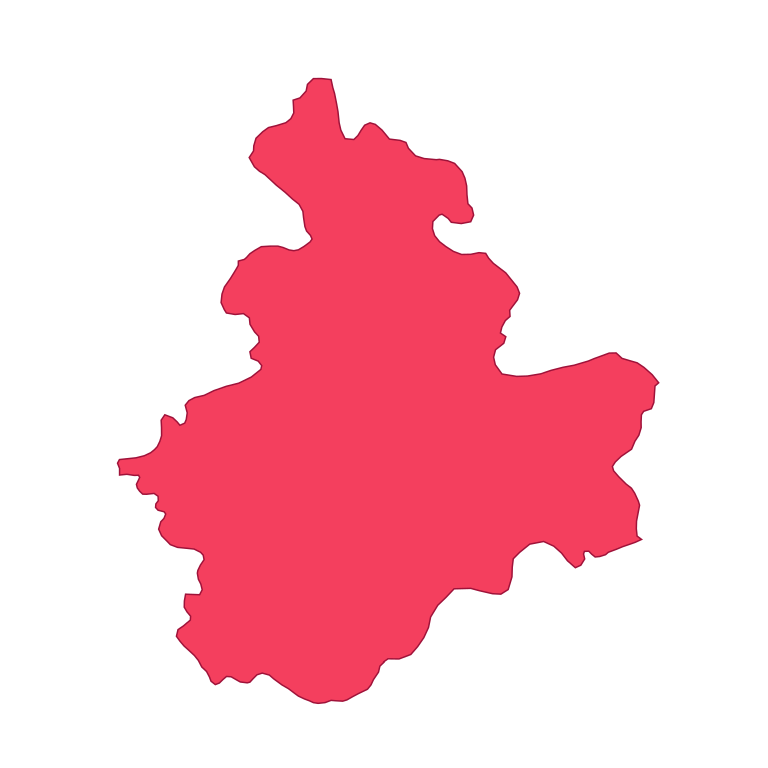 the district of Buda-Kashalyova, Gomel, Belarus, rotated 354°
{"feature_id": "67162791B74774527984565", "entity_name": "Buda-Kashalyova", "entity_type": "district", "adm_level": 2, "iso_a3": "BLR", "parent_name": "Belarus", "parent_adm1": "Gomel", "projection": "mercator", "projection_center": [30.535, 52.745], "detail": "fine", "context": "isolated", "style": "filled", "palette": "rose", "viewbox_px": 768, "rotation_deg": 354, "n_neighbors": 0, "source": "geoboundaries", "source_scale": "gbopen_adm2", "svg_char_len": 4204}
<svg xmlns="http://www.w3.org/2000/svg" viewBox="0 0 768 768"><g transform="rotate(354 384 384)"><path d="M162.3,585.7L164.3,590.1L167.4,594.7L166.7,598.6L163.2,600.9L159.3,603.6L153.5,606.7L151.2,613.2L154.3,618.6L157.8,623.7L161.6,627.9L167.0,634.1L170.5,639.5L173.2,646.4L177.5,651.4L179.8,657.2L180.9,661.5L184.8,665.3L189.0,664.2L192.9,661.1L196.8,658.4L201.4,659.2L207.2,663.4L209.9,665.3L216.8,666.9L219.5,666.5L223.0,663.4L227.3,659.9L232.7,658.8L239.6,661.5L243.5,665.7L251.2,672.7L257.0,676.9L262.8,682.3L266.2,685.4L272.0,688.9L276.6,691.2L280.5,693.5L285.1,694.7L292.1,694.7L298.3,693.1L302.5,693.9L309.8,695.1L314.1,694.3L320.3,691.6L326.0,689.3L335.7,685.8L339.6,681.9L342.6,676.9L348.4,670.0L350.4,664.2L355.0,660.6L354.8,660.2L359.3,657.7L370.2,659.0L382.4,655.8L390.0,648.7L397.1,640.4L402.8,630.8L406.0,620.6L414.3,609.7L423.3,602.7L432.3,595.0L448.9,596.3L457.2,599.5L470.0,603.9L478.3,605.2L486.0,601.4L491.1,589.2L492.4,579.6L494.3,571.3L501.3,565.6L512.2,558.5L526.3,557.3L535.9,563.0L542.9,570.7L548.0,579.0L555.1,586.7L560.8,584.8L565.3,579.0L564.7,573.9L565.8,571.4L570.2,571.7L572.7,574.9L575.9,578.1L580.6,578.1L586.5,576.9L589.5,574.8L598.0,572.6L604.4,570.7L612.3,568.9L617.3,567.7L623.9,565.5L619.8,561.7L619.8,554.4L620.8,546.8L625.5,531.3L624.7,527.1L621.9,518.8L619.2,513.5L614.3,508.8L607.7,500.7L603.3,494.4L602.5,489.9L605.9,485.7L612.2,480.8L623.4,474.7L627.6,467.1L632.1,461.6L635.2,454.3L635.7,448.5L636.8,441.5L639.4,438.3L647.3,436.5L650.4,430.7L653.3,414.3L657.3,411.5L651.7,402.8L644.3,394.7L638.0,389.4L630.6,386.4L623.4,383.4L618.1,377.4L611.2,376.8L595.7,380.7L589.7,382.5L575.1,385.2L563.8,386.1L551.6,387.9L540.8,390.3L527.4,391.1L516.7,390.3L502.4,386.4L496.7,376.5L495.8,368.8L498.5,361.6L507.4,356.0L510.1,349.7L505.1,345.5L507.2,339.6L511.3,333.6L516.4,330.0L516.7,323.8L519.7,320.5L525.6,314.2L528.3,308.0L526.5,301.4L516.7,286.2L505.4,275.5L501.2,269.8L498.8,264.7L492.2,263.3L483.9,264.1L474.7,263.3L466.9,259.4L459.8,253.7L454.1,248.3L449.9,241.8L448.4,234.6L449.6,227.5L456.5,221.8L459.5,221.2L465.1,226.0L467.8,230.2L477.6,232.5L487.2,231.7L490.8,225.4L489.9,218.2L486.3,213.5L486.3,204.5L486.9,195.6L486.0,187.8L483.9,181.0L477.3,172.0L470.8,168.7L462.7,166.4L459.5,166.4L447.5,164.0L439.2,160.4L432.9,152.1L431.1,146.1L425.5,143.4L415.0,141.0L408.5,131.2L402.5,124.9L397.4,122.8L391.8,124.6L387.9,129.1L384.0,134.2L379.6,137.7L370.9,136.0L367.6,127.0L366.7,119.6L366.7,108.2L366.1,99.9L365.2,90.0L364.1,84.1L363.2,75.7L353.8,73.7L345.7,72.9L339.2,78.0L337.2,84.5L330.3,90.7L323.3,92.2L323.0,98.8L322.6,105.0L319.1,110.4L313.7,113.9L304.0,115.8L295.9,116.9L289.8,120.4L282.4,126.2L279.4,133.5L278.6,138.6L275.5,142.4L273.6,144.7L277.8,154.4L282.4,159.4L287.5,163.3L297.5,174.8L305.6,182.9L312.5,190.7L318.3,196.4L321.4,203.8L321.4,209.9L321.8,219.2L323.0,223.8L326.4,228.5L327.6,232.3L325.3,235.0L318.7,238.9L312.9,241.6L308.3,242.0L303.7,240.8L297.9,237.7L292.9,235.8L285.1,235.0L276.3,234.6L269.3,237.7L264.3,240.4L260.4,243.9L258.1,245.5L252.0,246.5L251.5,250.8L249.6,253.5L246.2,258.0L242.3,263.0L239.0,266.8L235.5,270.8L232.3,277.6L230.5,286.0L232.9,293.2L234.7,296.9L243.2,299.3L251.6,299.3L257.0,304.1L257.0,310.7L260.7,318.6L264.3,323.4L264.3,329.4L258.8,334.2L254.0,337.9L254.6,344.5L261.3,348.1L264.3,352.9L263.1,356.6L252.8,363.2L239.6,368.0L226.9,369.8L214.2,372.8L204.0,376.5L194.3,377.7L188.3,380.1L184.1,384.3L185.3,392.1L183.6,398.7L181.7,402.1L176.7,403.7L174.4,400.2L170.5,395.6L162.8,391.7L158.6,396.7L158.2,404.1L157.4,412.2L155.1,417.6L152.0,422.6L148.9,425.3L144.7,428.0L138.1,430.3L129.6,431.5L122.7,431.5L113.0,431.5L110.7,434.9L112.2,440.3L111.5,446.9L118.8,446.9L126.1,448.8L130.3,449.1L131.3,451.3L129.6,454.2L127.3,457.9L127.8,461.6L129.8,465.1L132.5,468.3L136.2,468.8L143.9,468.8L147.6,472.0L147.3,476.5L144.6,479.4L143.9,482.9L146.1,485.9L152.0,488.1L153.3,490.5L151.1,494.7L147.6,497.7L144.7,504.8L147.0,511.7L152.0,517.9L154.7,521.4L161.6,524.9L170.9,526.8L177.9,528.3L184.0,532.2L186.3,535.3L186.7,539.9L182.5,544.9L179.4,549.9L178.6,552.6L179.0,558.8L180.9,563.8L181.7,569.6L178.6,574.3L170.1,573.1L164.7,572.3L162.8,578.9L162.0,585.1L162.3,585.7Z" fill="#f43f5e" stroke="#9f1239" stroke-width="1.5"/></g></svg>